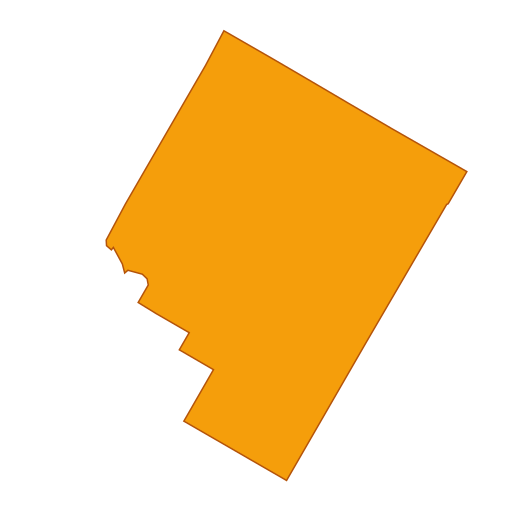 the district of Toole, Montana, United States of America, rotated 30°
{"feature_id": "52423323B49252617334437", "entity_name": "Toole", "entity_type": "district", "adm_level": 2, "iso_a3": "USA", "parent_name": "United States of America", "parent_adm1": "Montana", "projection": "mercator", "projection_center": [-111.838, 48.609], "detail": "fine", "context": "isolated", "style": "filled", "palette": "amber", "viewbox_px": 512, "rotation_deg": 30, "n_neighbors": 0, "source": "geoboundaries", "source_scale": "gbopen_adm2", "svg_char_len": 559}
<svg xmlns="http://www.w3.org/2000/svg" viewBox="0 0 512 512"><g transform="rotate(30 256 256)"><path d="M118.3,317.1L121.4,321.8L127.7,323.0L128.2,319.9L144.2,329.7L150.8,336.4L152.2,332.4L166.6,328.6L173.1,330.2L177.2,335.0L177.2,355.2L198.6,355.8L236.5,355.8L236.5,375.6L276.0,375.7L276.1,422.0L276.1,435.1L354.1,435.1L394.7,435.1L394.6,276.3L395.3,116.0L396.3,114.7L396.4,77.5L363.8,77.6L309.5,77.8L259.4,77.5L224.2,77.2L173.3,76.9L115.6,77.0L117.0,116.1L116.9,243.0L116.9,276.3L118.3,317.1Z" fill="#f59e0b" stroke="#b45309" stroke-width="1.5"/></g></svg>